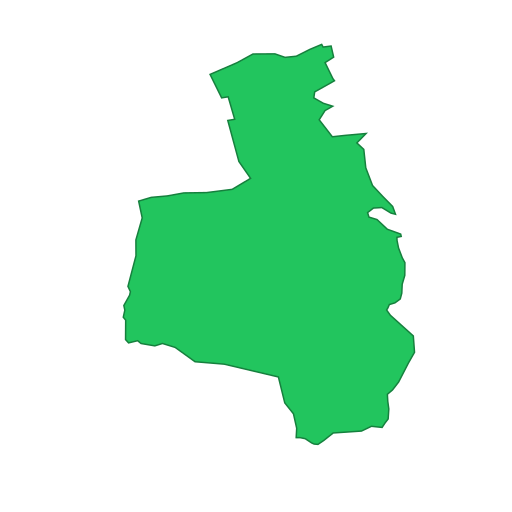 the district of Zaаmin, Jizzakh, Uzbekistan, rotated 347°
{"feature_id": "79887680B19323950575966", "entity_name": "Zaаmin", "entity_type": "district", "adm_level": 2, "iso_a3": "UZB", "parent_name": "Uzbekistan", "parent_adm1": "Jizzakh", "projection": "albers", "projection_center": [68.428, 39.88], "detail": "fine", "context": "isolated", "style": "filled", "palette": "green", "viewbox_px": 512, "rotation_deg": 347, "n_neighbors": 0, "source": "geoboundaries", "source_scale": "gbopen_adm2", "svg_char_len": 1501}
<svg xmlns="http://www.w3.org/2000/svg" viewBox="0 0 512 512"><g transform="rotate(347 256 256)"><path d="M364.4,127.3L355.9,122.3L351.0,117.8L347.9,114.9L350.1,109.3L371.9,102.9L370.8,100.4L366.8,83.1L376.4,79.7L376.4,68.3L368.4,67.5L367.6,64.6L354.9,66.8L340.2,70.4L329.0,69.0L319.9,63.3L298.5,58.5L281.0,63.4L252.1,68.7L258.1,94.2L264.7,94.6L266.0,118.0L259.0,117.6L260.6,160.1L268.2,179.1L247.8,185.7L222.1,183.1L199.8,178.3L183.0,177.5L167.1,175.3L154.0,176.1L153.7,193.3L142.6,213.3L139.1,228.8L124.4,256.8L125.6,262.5L124.0,265.8L116.1,274.5L116.0,279.3L112.9,285.8L114.6,289.2L110.1,308.1L112.3,312.0L121.6,311.9L124.3,315.4L137.2,320.8L145.2,320.2L156.7,326.9L172.8,345.3L200.6,354.2L250.6,378.9L251.0,405.6L257.0,418.2L256.9,433.0L254.3,442.0L258.1,442.9L262.9,445.1L268.2,450.7L270.3,452.3L274.0,453.5L280.5,451.0L291.4,445.8L319.4,450.3L330.2,447.9L340.3,451.4L344.2,447.7L348.1,444.5L351.0,434.9L351.7,427.3L352.9,420.3L358.9,417.2L366.6,410.9L380.5,394.5L388.8,385.5L391.3,369.3L373.6,344.0L371.1,338.0L372.7,336.4L375.0,333.3L380.9,332.9L386.9,330.3L389.7,325.0L392.1,316.4L396.6,308.4L397.8,303.5L399.6,296.0L398.1,290.6L396.7,280.3L396.9,272.7L397.5,269.5L401.9,269.6L401.9,267.2L390.0,259.5L382.1,247.7L374.8,243.5L374.5,238.8L381.2,235.7L389.5,237.1L397.2,244.6L401.3,246.7L400.3,238.5L392.8,226.3L385.4,213.5L382.8,194.8L385.0,176.4L379.7,168.5L390.8,161.4L369.8,158.5L357.2,157.0L348.2,137.5L356.0,129.8L364.4,127.3Z" fill="#22c55e" stroke="#15803d" stroke-width="1.5"/></g></svg>